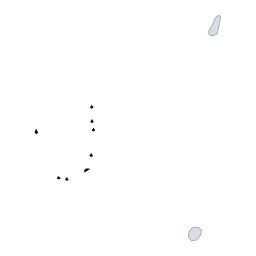 where Alifu Dhaalu sits in Maldives
{"feature_id": "MDV-5232", "entity_name": "Alifu Dhaalu", "entity_type": "Atoll", "adm_level": 1, "iso_a3": "MDV", "parent_name": "Maldives", "parent_adm1": "", "projection": "orthographic", "projection_center": [72.869, 3.67], "detail": "fine", "context": "in_parent", "style": "filled", "palette": "ink", "viewbox_px": 256, "rotation_deg": 0, "n_neighbors": 0, "source": "natural_earth", "source_scale": "10m", "svg_char_len": 1256}
<svg xmlns="http://www.w3.org/2000/svg" viewBox="0 0 256 256"><path d="M217.0,33.7L213.1,35.8L209.6,35.0L208.3,32.4L210.1,28.5L213.1,23.6L215.2,18.2L218.2,15.4L220.5,16.3L220.3,19.3L219.2,23.5L218.5,28.8L217.0,33.7ZM196.0,240.2L191.3,240.6L188.4,236.9L189.0,231.4L192.7,227.5L198.5,227.3L201.8,230.7L200.1,236.0L196.0,240.2Z" fill="#d9dde1" stroke="#a8b0b8" stroke-width="1"/><path d="M88.2,169.3L84.5,171.6L85.4,170.0L86.3,169.3L87.3,169.2L88.2,169.3ZM36.1,130.6L36.4,131.4L37.0,131.9L37.2,132.4L36.6,133.2L36.1,133.0L35.5,132.6L35.5,131.9L35.9,131.3L36.1,130.6ZM93.5,129.1L93.8,129.6L94.2,129.9L94.2,130.2L93.4,130.6L92.7,130.2L92.8,129.9L93.2,129.6L93.5,129.1ZM91.2,154.5L91.4,155.0L91.7,155.2L91.9,155.3L92.0,155.7L91.1,156.1L90.4,155.7L90.5,155.3L90.9,155.0L91.2,154.5ZM91.7,106.3L92.0,106.8L92.4,107.1L92.5,107.4L91.6,107.8L91.0,107.4L91.1,107.1L91.5,106.8L91.7,106.3ZM92.0,120.6L92.3,121.1L92.6,121.3L92.8,121.7L91.9,122.1L91.3,121.8L91.4,121.4L91.8,121.1L92.0,120.6ZM66.8,178.5L67.0,179.0L67.5,179.3L67.6,179.6L66.7,180.0L66.0,179.6L66.1,179.3L66.5,179.0L66.8,178.5ZM58.4,177.1L58.5,177.1L58.7,177.4L58.8,177.6L59.3,177.9L59.6,178.2L59.0,178.4L57.9,178.4L57.8,178.1L58.2,177.7L58.4,177.1Z" fill="#0f172a" stroke="#020617" stroke-width="1.5"/></svg>